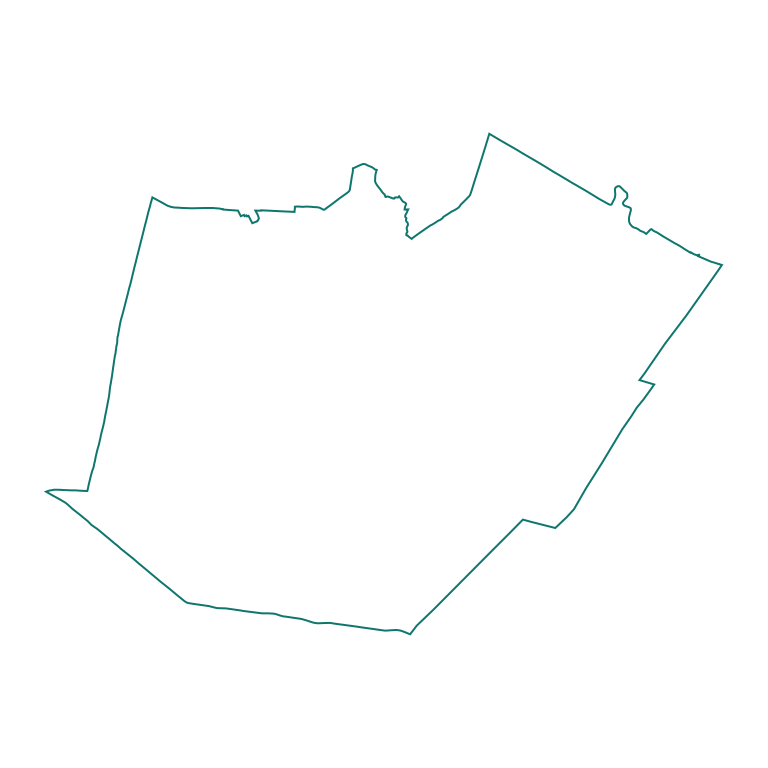 Gratia, Teleorman, Romania (Mercator projection)
{"feature_id": "2599482B57030470282711", "entity_name": "Gratia", "entity_type": "district", "adm_level": 2, "iso_a3": "ROU", "parent_name": "Romania", "parent_adm1": "Teleorman", "projection": "mercator", "projection_center": [25.423, 44.436], "detail": "fine", "context": "isolated", "style": "outline", "palette": "teal", "viewbox_px": 768, "rotation_deg": 0, "n_neighbors": 0, "source": "geoboundaries", "source_scale": "gbopen_adm2", "svg_char_len": 6037}
<svg xmlns="http://www.w3.org/2000/svg" viewBox="0 0 768 768"><path d="M410.2,634.2L416.7,625.7L433.9,609.2L490.9,551.8L510.9,531.8L522.9,519.6L530.5,521.7L555.3,528.0L566.6,517.3L574.0,509.2L586.2,488.0L601.9,463.1L622.3,429.2L631.3,416.3L636.8,407.6L643.3,399.7L650.2,390.2L654.2,384.5L639.5,380.1L644.2,373.9L665.0,343.7L686.5,315.3L717.6,271.3L721.9,265.0L710.8,261.6L698.2,256.2L699.7,254.4L699.2,254.6L698.7,254.9L698.1,255.1L697.3,255.1L696.3,255.0L694.9,254.6L693.4,253.9L690.9,252.4L690.7,252.8L690.0,252.4L686.0,250.0L678.9,245.4L677.9,245.0L677.3,244.5L675.4,243.6L673.0,242.2L669.6,240.2L662.5,236.0L658.7,233.5L656.1,232.0L655.1,231.7L654.6,231.3L653.6,230.9L652.4,229.9L651.6,229.2L651.1,229.2L650.7,229.4L649.9,230.1L646.3,233.9L645.7,233.6L643.7,232.1L641.2,231.2L640.4,230.9L639.1,229.8L636.5,228.3L634.9,227.8L633.4,227.3L632.1,226.4L630.4,224.5L629.3,222.4L629.0,220.1L629.0,217.7L629.5,215.5L630.0,213.4L630.9,210.2L630.8,208.8L630.6,208.2L630.1,207.8L628.8,207.2L624.6,205.7L623.4,204.6L623.0,203.7L623.1,202.6L623.8,201.5L625.7,199.3L626.9,198.2L627.4,196.7L627.2,194.3L627.0,193.3L626.1,192.3L624.6,191.2L621.1,187.6L619.4,186.2L618.6,186.1L617.9,186.2L617.2,186.5L615.8,187.3L615.1,188.5L614.9,189.6L615.3,194.5L615.1,196.2L614.6,198.5L613.1,201.3L611.8,204.0L611.4,204.5L610.9,204.7L610.5,204.8L609.9,204.7L609.3,204.5L607.2,203.4L600.9,199.9L598.1,198.3L593.3,195.3L590.0,193.3L585.2,190.4L578.5,186.5L572.4,183.0L557.7,174.2L554.0,172.1L549.5,169.3L545.5,166.8L536.8,161.6L522.7,153.4L518.0,150.5L513.0,147.6L507.4,144.4L499.9,140.1L489.3,133.8L485.4,146.7L480.4,162.7L476.7,174.4L474.4,181.6L471.9,189.7L470.5,193.8L470.0,195.1L469.0,196.4L465.0,200.5L461.3,204.1L460.5,204.9L459.8,206.2L458.5,207.6L457.0,208.7L454.1,210.4L451.7,211.5L450.6,212.2L448.6,213.6L445.7,215.4L443.4,216.9L443.2,217.1L442.7,218.0L442.1,218.5L441.1,219.2L440.6,219.6L439.8,220.1L438.2,220.7L435.3,222.7L432.2,224.6L430.9,225.2L430.0,225.7L418.9,233.4L413.8,237.1L412.2,238.3L411.7,238.9L409.0,236.9L407.5,235.5L407.1,235.6L406.3,235.0L406.4,233.7L406.6,233.0L407.2,232.2L407.4,231.7L407.3,231.1L407.0,230.2L406.8,229.2L406.7,228.0L406.8,227.4L407.6,225.7L407.9,225.1L407.9,224.1L407.7,223.1L407.5,222.5L406.6,221.8L406.3,221.4L406.0,220.0L406.0,219.5L406.3,219.0L406.4,218.7L406.4,218.3L406.3,218.0L405.8,217.6L405.5,217.3L405.3,216.9L405.2,216.3L405.3,215.5L405.5,214.8L406.7,212.8L407.4,211.0L408.2,209.4L407.4,209.4L405.4,209.6L404.6,209.5L404.7,208.8L404.8,208.0L405.2,206.5L406.0,204.5L406.1,203.9L406.1,203.6L405.9,203.4L405.6,203.1L404.9,202.6L403.8,202.0L403.3,201.8L403.0,201.6L401.9,200.3L400.9,198.7L399.1,196.3L398.3,197.2L397.9,197.5L397.4,197.5L396.7,197.4L395.9,197.4L394.8,197.6L394.6,197.7L394.5,198.2L394.3,198.5L394.1,198.6L393.7,198.5L393.0,198.4L392.3,198.3L391.4,197.8L389.4,197.1L388.7,196.8L388.2,196.6L387.5,196.5L387.0,196.5L386.2,196.9L385.8,197.0L385.5,196.9L385.3,196.6L385.0,195.5L384.6,194.6L384.5,194.3L384.2,194.2L383.6,193.6L382.7,192.7L381.8,191.5L380.2,189.2L378.7,187.4L377.4,185.7L376.6,184.5L375.6,182.8L375.2,181.8L375.1,181.1L375.1,180.1L375.2,177.5L375.4,175.0L375.7,173.5L376.2,171.6L376.7,169.9L374.8,169.4L373.7,168.4L372.5,167.5L369.8,166.3L368.5,165.8L366.9,165.1L365.8,164.4L365.3,164.2L364.6,164.1L363.6,164.0L363.1,164.0L362.5,164.2L359.9,165.2L357.1,166.5L354.6,167.7L352.9,168.3L352.9,170.7L352.6,172.9L351.9,176.3L351.2,180.9L349.8,189.8L349.6,190.4L349.3,190.9L348.9,191.4L348.5,191.8L347.8,192.4L343.8,195.3L339.8,198.1L332.8,203.5L329.8,205.7L327.8,207.1L325.7,208.7L324.6,209.6L324.2,209.7L323.8,209.7L323.3,209.7L322.9,209.4L320.6,208.2L319.5,207.7L318.2,207.4L316.7,207.2L314.2,207.1L311.1,206.8L307.3,206.6L305.9,206.6L303.6,206.8L301.8,206.8L298.2,206.5L297.0,206.5L294.9,206.7L294.9,208.3L294.6,210.6L294.5,211.9L283.5,211.4L261.3,210.3L261.3,210.7L260.0,210.7L255.4,210.6L256.7,213.0L257.3,214.0L257.8,215.1L258.3,216.5L258.9,218.5L258.3,219.7L257.5,220.6L257.6,221.0L257.4,221.2L257.1,221.4L256.7,221.5L252.3,223.2L248.5,215.8L247.0,216.4L246.5,215.4L244.6,216.2L244.0,214.9L240.8,216.2L238.0,210.6L229.0,210.0L222.9,209.5L222.9,209.1L221.3,209.0L220.1,208.6L212.8,208.0L205.1,208.0L191.6,208.3L181.4,207.9L177.0,207.6L174.0,207.5L172.4,207.1L171.4,207.0L168.3,206.0L167.5,205.7L161.8,202.5L152.4,197.4L150.7,203.4L150.2,205.2L150.2,205.7L149.0,209.6L148.2,212.6L146.8,218.4L144.5,227.2L143.4,231.7L137.2,256.2L135.0,265.1L134.5,266.9L130.6,283.2L129.2,288.1L127.4,295.4L126.1,300.4L123.2,311.8L121.0,319.6L120.5,321.6L119.7,325.7L118.2,334.3L118.1,334.7L118.1,335.5L117.5,336.8L117.1,343.6L116.5,345.7L115.3,354.6L115.0,355.0L113.3,366.5L112.0,375.9L111.0,382.0L110.6,384.4L110.3,385.6L110.1,387.3L109.8,389.4L109.6,391.3L109.2,394.7L109.0,396.4L108.5,398.9L108.2,400.4L106.0,412.1L105.3,415.2L104.6,419.2L104.4,420.3L104.3,421.4L103.9,423.0L103.4,425.3L102.6,428.5L102.1,430.4L101.0,434.8L100.4,437.9L99.3,442.7L98.8,445.0L97.3,450.0L96.0,455.6L95.7,456.7L95.0,460.8L94.3,463.5L93.8,466.1L93.6,467.0L93.1,468.6L92.3,470.7L91.4,473.8L90.7,476.5L89.8,480.2L88.9,483.8L87.9,488.6L87.3,491.0L84.2,490.9L80.3,490.7L74.5,490.3L72.7,490.4L62.7,490.0L60.2,489.8L54.1,489.7L52.1,490.1L49.3,490.6L47.4,491.2L46.1,491.7L53.2,495.8L60.7,499.9L65.1,502.5L66.8,503.8L67.8,504.6L72.8,509.2L74.5,510.5L79.1,514.1L84.5,518.5L87.8,521.2L90.8,524.3L91.5,525.0L96.9,528.7L99.3,530.6L105.5,535.8L108.4,538.2L113.7,542.7L117.7,545.9L120.9,548.8L133.4,558.8L138.8,563.5L150.7,573.4L160.3,581.5L169.5,588.8L177.9,595.8L184.8,601.4L187.1,602.7L188.2,603.0L192.1,603.7L209.0,606.1L213.2,607.2L217.0,608.1L226.1,608.4L241.5,610.6L242.8,610.9L245.1,611.2L261.6,613.3L265.4,613.3L269.4,613.4L272.9,613.6L274.8,613.8L277.4,614.6L280.4,615.6L282.9,616.3L286.1,616.7L300.5,618.8L302.7,619.3L306.4,620.4L313.2,622.6L314.8,622.9L317.6,623.3L325.3,623.0L330.5,622.9L333.5,623.5L356.6,626.6L361.1,627.3L378.2,629.7L384.7,630.6L386.1,630.6L392.1,630.2L396.2,630.0L397.3,630.1L398.9,630.3L400.6,630.6L402.9,631.4L405.3,632.3L407.6,633.3L410.2,634.2Z" fill="none" stroke="#0f766e" stroke-width="2"/></svg>